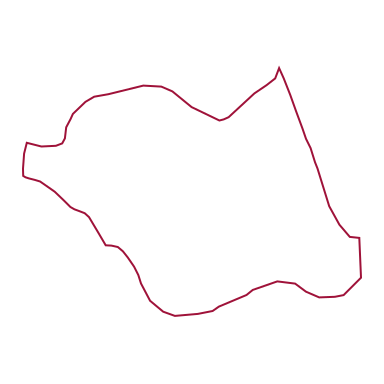 Olintepeque, Quezaltenango, Guatemala
{"feature_id": "79465075B90968408613772", "entity_name": "Olintepeque", "entity_type": "district", "adm_level": 2, "iso_a3": "GTM", "parent_name": "Guatemala", "parent_adm1": "Quezaltenango", "projection": "robinson", "projection_center": [-91.543, 14.895], "detail": "fine", "context": "isolated", "style": "outline", "palette": "rose", "viewbox_px": 384, "rotation_deg": 0, "n_neighbors": 0, "source": "geoboundaries", "source_scale": "gbopen_adm2", "svg_char_len": 967}
<svg xmlns="http://www.w3.org/2000/svg" viewBox="0 0 384 384"><path d="M105.7,245.3L111.4,245.6L117.8,247.0L122.9,251.3L127.8,257.5L134.1,266.7L138.3,275.0L141.0,283.5L150.1,300.8L163.2,311.7L174.9,315.9L197.9,313.9L212.6,311.0L218.9,306.6L246.5,295.0L252.8,289.9L277.3,281.4L295.1,283.6L306.0,291.7L319.2,297.4L334.9,296.8L343.6,295.1L361.0,277.7L359.3,237.9L349.8,236.9L339.4,224.7L329.2,206.2L317.5,168.5L315.0,162.2L310.6,148.1L306.0,138.8L302.5,128.6L296.1,111.3L290.2,94.8L283.7,78.3L279.1,68.1L275.2,78.4L266.5,85.2L254.4,93.4L228.6,117.2L223.7,119.4L219.4,120.5L191.6,107.1L172.4,91.4L161.3,86.6L143.3,85.6L108.4,94.2L94.2,96.7L85.5,101.8L72.9,113.9L70.6,119.0L66.2,127.3L64.9,138.4L62.2,143.4L55.9,145.8L41.4,146.5L26.8,142.8L24.1,153.6L23.0,168.7L23.2,175.9L25.5,177.3L28.9,178.4L34.8,179.9L40.1,181.5L54.7,191.7L64.1,200.7L70.4,207.0L74.4,209.3L79.0,211.0L84.7,213.2L89.0,217.1L98.5,233.0L105.7,245.3Z" fill="none" stroke="#9f1239" stroke-width="2"/></svg>